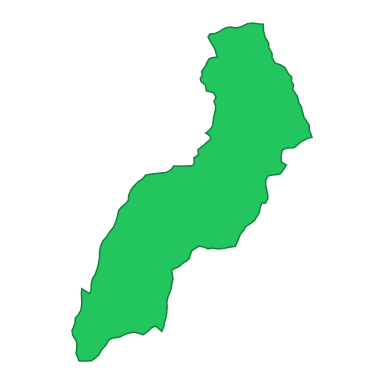 the district of Murutinga do Sul, São Paulo, Brazil
{"feature_id": "56859067B32041072242718", "entity_name": "Murutinga do Sul", "entity_type": "district", "adm_level": 2, "iso_a3": "BRA", "parent_name": "Brazil", "parent_adm1": "São Paulo", "projection": "albers", "projection_center": [-51.304, -20.996], "detail": "fine", "context": "isolated", "style": "filled", "palette": "green", "viewbox_px": 384, "rotation_deg": 0, "n_neighbors": 0, "source": "geoboundaries", "source_scale": "gbopen_adm2", "svg_char_len": 2466}
<svg xmlns="http://www.w3.org/2000/svg" viewBox="0 0 384 384"><path d="M81.8,288.7L81.4,293.2L81.6,298.0L81.8,303.7L80.9,310.2L78.4,314.6L75.4,317.9L75.0,322.8L73.6,327.0L72.0,330.4L72.6,335.0L76.6,341.8L76.8,347.6L76.1,353.8L77.9,357.6L79.0,361.0L83.4,361.0L87.2,360.9L91.2,360.9L95.8,357.6L99.0,354.6L101.9,349.3L106.1,344.9L108.7,340.2L111.9,338.1L117.1,337.5L121.1,336.5L124.6,334.4L128.6,333.2L133.9,332.1L138.7,333.2L143.0,334.8L147.5,331.7L151.8,327.7L155.6,326.0L158.6,328.6L161.8,331.4L163.6,326.9L164.6,322.2L165.8,317.9L166.7,312.8L167.1,306.9L166.8,302.0L168.0,296.7L169.6,292.7L171.2,288.5L171.8,283.7L173.0,279.2L172.3,274.4L171.6,270.2L174.5,268.6L179.2,266.4L182.9,263.1L186.3,261.2L189.3,258.4L190.1,254.9L192.0,250.6L194.7,248.8L198.8,246.2L203.8,247.0L207.9,248.8L213.1,248.2L218.7,249.0L224.2,248.3L230.4,247.1L235.2,246.4L236.8,243.0L238.4,239.1L240.5,234.1L243.6,230.4L245.9,226.5L250.2,223.7L254.7,220.3L257.1,216.2L259.4,212.2L260.0,207.7L261.9,203.1L265.3,203.2L268.0,198.2L267.6,194.6L266.9,190.8L265.7,185.0L265.7,180.4L267.8,176.2L271.0,175.1L277.5,174.5L280.7,173.4L283.4,169.8L286.4,164.9L281.5,162.2L281.0,156.6L282.3,149.9L287.2,148.0L294.1,147.7L299.3,143.3L302.7,140.8L308.4,138.1L312.0,137.4L309.3,130.0L309.3,125.4L306.3,120.8L304.1,117.6L302.5,111.9L301.5,107.3L298.8,102.5L297.4,96.6L294.7,92.3L292.6,89.4L293.6,84.8L291.5,81.6L291.7,77.2L288.1,73.3L284.9,67.5L280.4,64.8L275.1,63.1L272.1,57.6L272.1,53.7L270.5,50.7L268.7,47.4L268.7,43.2L266.8,40.0L264.8,36.6L263.5,30.2L263.3,24.2L259.3,24.0L252.4,23.0L247.2,23.8L241.3,26.7L236.0,28.0L230.3,27.0L226.0,27.8L222.8,29.3L220.0,31.3L215.0,33.5L210.0,33.9L208.0,36.9L211.1,42.7L215.0,49.3L215.9,53.0L217.6,57.1L212.5,57.6L209.4,58.7L207.1,62.1L205.5,66.1L201.6,71.4L202.3,75.7L200.2,78.3L201.2,81.7L205.4,85.0L206.4,90.9L213.5,92.6L216.0,97.2L213.9,101.5L215.7,105.9L215.3,110.3L213.4,118.7L212.8,125.8L209.3,130.3L205.7,133.1L209.8,135.7L210.7,139.1L207.7,141.6L204.8,144.2L197.9,149.8L198.5,154.9L193.9,157.8L194.3,162.7L192.7,165.7L182.7,166.2L173.7,166.0L171.2,169.6L166.9,172.2L163.2,172.8L151.2,174.1L145.6,175.1L142.6,178.9L138.1,181.8L133.1,186.9L130.8,190.2L128.7,195.4L128.3,200.4L125.5,203.7L121.2,207.3L118.7,210.4L117.6,215.5L116.0,221.4L113.6,227.1L109.3,232.4L106.5,237.0L103.2,240.5L100.7,245.8L99.6,251.3L99.5,257.2L98.3,264.7L97.0,269.6L94.9,275.0L92.4,278.8L91.2,284.5L91.2,289.5L89.5,293.7L81.8,288.7Z" fill="#22c55e" stroke="#15803d" stroke-width="1.5"/></svg>